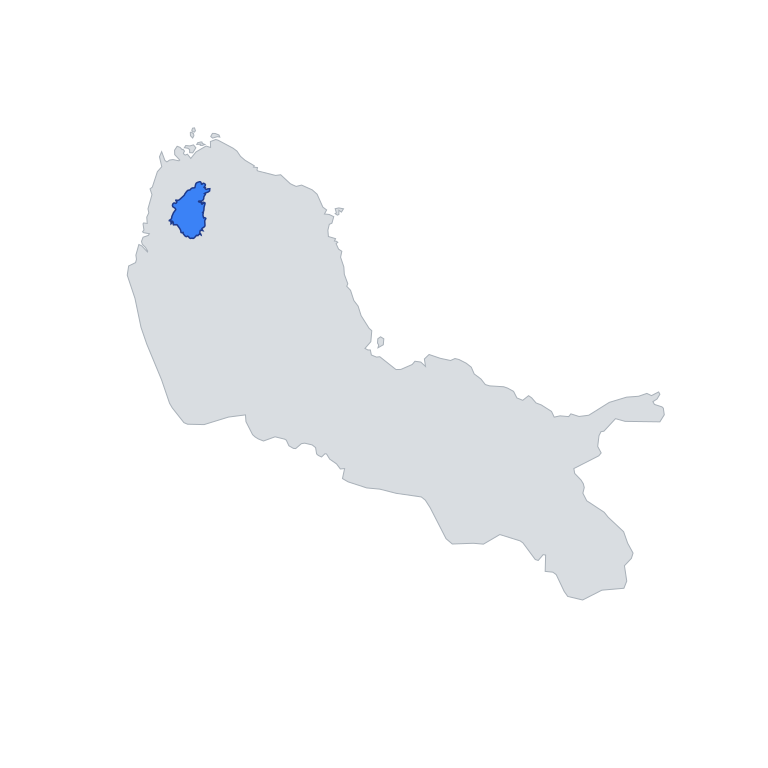 location of Tavastia Proper within Finland, rotated 122°
{"feature_id": "FIN-3185", "entity_name": "Tavastia Proper", "entity_type": "Region", "adm_level": 1, "iso_a3": "FIN", "parent_name": "Finland", "parent_adm1": "", "projection": "mercator", "projection_center": [24.379, 60.938], "detail": "fine", "context": "in_parent", "style": "filled", "palette": "blue", "viewbox_px": 768, "rotation_deg": 122, "n_neighbors": 0, "source": "natural_earth", "source_scale": "10m", "svg_char_len": 6293}
<svg xmlns="http://www.w3.org/2000/svg" viewBox="0 0 768 768"><g transform="rotate(122 384 384)"><path d="M335.1,361.4L332.4,349.9L328.8,340.0L324.8,337.3L323.5,333.4L322.8,325.3L323.5,318.9L327.7,312.8L328.4,304.4L330.8,297.8L329.6,293.4L322.9,281.0L322.0,277.0L321.6,270.2L325.4,263.9L324.3,257.7L317.3,255.2L317.5,251.4L319.5,245.0L318.4,239.5L318.5,227.4L321.9,222.1L317.7,217.8L313.8,210.1L310.3,209.7L308.2,201.4L302.0,193.8L280.2,183.2L266.6,171.3L259.5,161.6L252.7,156.1L252.1,151.0L245.2,146.9L246.5,144.6L252.0,144.5L256.5,146.6L258.0,143.8L256.1,136.2L256.5,134.3L261.6,130.0L269.9,130.0L287.9,159.7L290.7,169.3L307.5,172.5L309.4,174.7L313.9,174.3L323.7,169.7L327.4,163.3L331.1,163.8L355.1,178.2L358.8,174.9L361.0,166.1L362.9,162.2L365.7,159.3L371.2,157.5L375.6,150.2L376.1,129.3L378.2,123.3L382.3,102.5L389.9,93.0L395.4,83.2L400.8,81.8L410.7,83.8L422.5,73.7L430.1,72.3L443.4,90.0L461.9,101.1L466.8,115.6L464.4,121.3L454.4,136.9L454.1,141.1L457.5,148.0L443.4,156.3L444.4,158.6L451.9,159.7L452.7,162.7L445.1,182.0L444.9,185.4L450.3,206.0L467.1,214.8L471.7,223.8L483.5,241.3L482.3,249.4L464.5,279.2L460.6,287.4L460.0,292.5L470.2,315.6L475.4,331.9L481.3,343.6L486.0,362.6L486.2,369.1L476.6,372.6L479.2,376.0L476.9,381.9L476.5,390.2L473.8,395.6L474.4,397.1L479.0,398.3L479.4,401.9L479.0,404.1L474.2,408.3L473.7,412.6L476.2,419.9L478.3,422.4L485.6,424.7L486.6,426.7L486.8,431.9L483.4,437.1L483.4,439.0L486.5,448.4L496.2,456.0L497.2,461.6L497.2,465.3L496.6,468.6L489.1,481.1L483.6,485.1L494.4,498.3L513.8,515.1L522.2,529.3L522.8,533.2L516.5,550.8L514.0,555.6L498.2,575.0L475.9,606.3L464.7,620.1L443.3,640.6L427.8,659.4L419.2,663.1L412.7,659.0L409.4,660.0L406.2,662.7L395.6,665.8L395.2,662.7L397.4,654.6L396.5,654.8L394.6,658.6L393.6,663.0L391.6,665.2L387.2,666.1L382.9,662.6L380.9,662.6L383.0,667.9L382.9,669.4L380.6,669.2L375.9,673.2L374.8,673.2L373.3,669.9L368.2,673.6L363.4,674.2L360.5,677.0L346.4,681.1L342.5,685.8L339.8,684.8L324.0,688.7L317.5,687.6L310.3,694.8L304.8,695.7L310.5,688.3L310.7,685.8L307.7,684.5L305.5,681.9L303.4,676.2L302.3,675.9L300.4,683.0L296.7,685.5L292.0,685.4L291.4,682.3L292.2,679.4L291.5,678.9L292.2,676.6L294.6,676.4L295.2,675.2L295.2,673.9L293.3,672.5L295.1,667.4L286.8,666.4L276.5,661.0L275.3,656.4L270.4,659.7L265.9,656.3L265.2,654.2L264.0,636.9L264.4,632.1L267.0,626.3L267.9,620.4L267.7,609.6L269.2,609.6L267.5,606.0L269.9,605.1L270.2,603.9L264.6,586.5L261.3,582.5L263.8,569.7L263.5,566.8L263.0,563.2L259.0,559.3L257.4,547.8L258.5,541.3L266.4,529.6L266.8,524.9L271.4,524.6L269.3,520.4L268.7,515.3L275.2,513.4L277.6,515.0L283.3,513.1L288.4,509.3L286.4,502.1L289.0,501.8L288.2,500.1L288.3,498.3L290.4,499.0L293.7,494.0L293.8,490.1L299.5,488.0L306.0,480.1L312.0,475.8L318.2,467.8L320.9,467.4L322.3,462.0L329.2,453.8L331.7,447.2L338.2,439.6L344.6,426.3L345.3,422.6L355.1,417.6L363.9,419.0L363.7,415.7L362.4,413.6L366.1,410.1L365.2,404.7L363.1,402.0L365.4,381.5L362.7,377.4L352.5,370.4L348.3,369.8L345.9,364.4L347.1,358.1L341.4,363.0L335.1,361.4ZM283.4,668.7L289.3,668.7L290.8,671.4L288.2,673.1L288.0,675.2L289.4,678.5L286.8,678.5L285.0,674.8L282.2,672.3L283.4,668.7ZM352.7,411.2L348.9,413.2L345.8,411.9L345.8,408.1L351.1,405.4L356.5,408.3L353.8,409.1L352.7,411.2ZM260.8,511.2L260.6,514.3L264.1,512.1L265.5,513.0L265.4,515.7L264.1,515.1L261.2,518.3L258.6,515.6L256.9,511.2L260.8,511.2ZM266.3,659.7L265.9,662.1L262.4,662.3L261.0,659.9L260.3,655.9L261.6,654.1L262.5,656.3L266.3,659.7ZM280.1,669.7L278.2,669.9L275.6,667.4L275.3,666.4L276.3,665.8L275.8,662.8L277.9,664.4L279.0,666.3L277.9,666.8L280.1,669.7ZM276.0,679.7L273.4,681.5L272.5,681.1L272.7,678.1L274.2,676.8L276.8,676.6L276.0,679.7ZM270.8,681.4L268.5,681.9L267.2,680.4L269.2,678.1L270.9,678.3L271.3,679.7L270.8,681.4Z" fill="#d9dde1" stroke="#a8b0b8" stroke-width="1"/><path d="M351.6,621.1L353.5,620.3L353.8,619.8L353.8,619.5L353.9,619.0L354.1,618.6L354.5,618.2L354.5,618.8L354.6,619.9L354.9,620.1L355.3,620.1L355.8,620.4L356.3,620.5L356.7,620.4L357.0,620.8L357.1,621.4L357.4,621.9L358.5,621.9L361.3,622.6L361.8,623.2L361.9,623.7L362.3,624.4L363.0,625.1L363.2,625.7L363.2,626.1L363.1,626.7L362.9,627.2L362.8,627.4L362.6,627.9L362.7,628.2L362.7,628.5L362.7,628.9L363.3,629.3L363.9,629.8L363.9,631.3L363.0,633.7L362.6,634.5L362.4,634.5L362.2,634.5L361.9,634.7L362.0,634.9L362.3,635.1L362.8,635.6L362.9,635.8L363.1,636.2L363.0,636.5L362.6,636.9L362.2,637.2L361.4,637.9L360.8,638.9L360.2,640.0L359.1,642.8L358.8,643.2L358.7,643.7L358.8,644.2L358.9,644.6L359.0,644.6L359.3,644.7L359.5,645.4L359.8,645.9L360.4,646.5L360.6,646.9L360.5,647.2L360.1,647.4L359.7,647.6L359.0,648.0L358.5,648.6L358.2,649.2L358.1,649.8L358.2,650.1L359.1,649.3L359.7,649.1L361.0,649.5L359.2,650.7L358.9,651.0L359.2,652.4L359.3,652.6L359.0,652.8L357.3,652.0L356.4,651.9L355.6,652.1L354.3,652.7L350.2,653.3L346.7,653.0L346.2,653.2L345.7,654.2L345.6,655.2L345.6,656.6L345.5,657.2L344.5,658.2L342.9,658.5L341.7,658.0L341.4,657.3L341.2,656.3L340.8,656.1L339.8,656.0L339.0,656.4L338.9,657.0L338.9,657.7L338.3,657.9L337.5,656.2L337.1,655.7L336.0,655.1L329.8,653.4L328.5,653.6L325.2,653.4L323.6,652.9L322.3,651.4L320.2,651.0L319.1,650.2L318.7,649.5L317.8,648.5L317.2,648.6L314.7,649.5L313.5,649.7L312.5,649.4L311.6,648.8L310.2,647.6L309.8,646.7L310.0,646.3L310.4,645.6L310.8,645.0L311.2,644.7L311.1,644.2L309.9,643.9L309.3,643.3L309.2,642.0L309.7,641.0L310.6,640.7L312.1,640.9L312.5,640.8L312.4,640.6L312.3,639.9L312.2,639.7L312.4,639.7L312.7,639.7L313.0,639.3L313.2,638.6L313.2,638.0L312.8,637.4L312.4,637.3L311.8,636.7L310.7,635.2L312.7,634.2L314.4,634.9L316.8,636.8L317.6,637.1L317.4,636.3L317.3,636.2L317.7,636.0L320.6,636.0L322.6,635.0L323.7,634.9L324.1,635.1L325.5,635.6L326.9,637.9L327.4,638.0L327.7,637.4L327.6,637.0L327.3,636.3L327.0,635.7L326.7,635.5L326.7,635.3L327.4,634.8L327.8,634.3L328.0,633.8L327.7,633.4L327.4,633.4L326.2,633.8L325.9,633.7L326.0,633.6L326.1,632.9L326.2,632.7L325.2,632.2L325.5,631.6L326.0,631.3L329.4,630.3L332.0,628.9L333.4,628.5L334.7,628.6L334.6,628.1L334.6,627.9L335.9,627.5L336.9,626.9L338.3,625.5L338.6,624.9L338.4,624.9L338.1,624.5L337.9,623.9L337.9,623.0L338.2,622.7L339.9,622.7L340.8,622.4L344.3,619.9L345.1,619.6L346.0,619.7L347.8,620.5L348.6,620.8L349.3,620.3L349.6,619.5L349.9,618.9L350.0,619.2L350.6,620.6L350.9,621.1L351.6,621.1Z" fill="#3b82f6" stroke="#1e3a8a" stroke-width="1.5"/></g></svg>